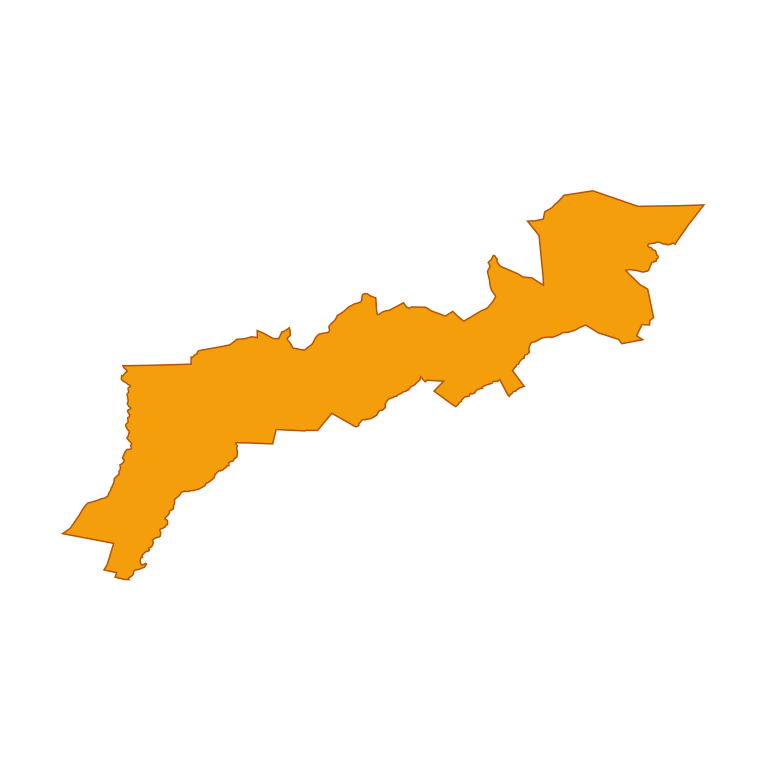 Ainabkoi, Rift Valley, Kenya (Robinson projection), rotated 267°
{"feature_id": "3690345B95414198105650", "entity_name": "Ainabkoi", "entity_type": "district", "adm_level": 2, "iso_a3": "KEN", "parent_name": "Kenya", "parent_adm1": "Rift Valley", "projection": "robinson", "projection_center": [35.44, 0.313], "detail": "fine", "context": "isolated", "style": "filled", "palette": "amber", "viewbox_px": 768, "rotation_deg": 267, "n_neighbors": 0, "source": "geoboundaries", "source_scale": "gbopen_adm2", "svg_char_len": 6159}
<svg xmlns="http://www.w3.org/2000/svg" viewBox="0 0 768 768"><g transform="rotate(267 384 384)"><path d="M415.9,124.2L413.7,125.2L411.1,127.9L409.9,128.0L409.5,127.0L405.9,123.7L406.2,122.6L403.0,121.9L401.8,122.4L400.6,123.6L399.1,126.1L396.6,128.7L396.2,130.0L395.1,130.6L394.4,129.9L393.7,128.6L392.8,128.1L389.2,128.6L387.1,126.8L383.0,127.5L380.1,127.6L377.7,126.6L374.9,128.0L374.0,129.4L372.9,129.8L371.9,128.5L371.3,126.9L370.2,126.4L365.9,128.5L364.4,127.6L363.8,126.3L359.7,126.4L358.8,126.0L357.8,124.7L356.5,123.9L355.1,123.9L351.8,125.7L349.9,127.2L345.2,125.7L344.4,124.9L343.4,124.4L340.1,126.8L338.1,128.7L337.2,128.9L335.9,127.7L333.1,128.6L332.1,127.5L332.1,124.0L330.5,122.3L323.9,119.0L322.6,119.7L321.9,120.7L320.7,120.4L319.4,119.6L317.9,117.8L317.2,116.2L315.0,116.2L314.1,116.5L312.2,115.9L310.3,114.7L308.1,114.9L304.0,110.1L302.8,109.5L299.3,109.0L296.7,107.3L295.3,107.1L294.7,106.1L292.0,105.4L289.1,103.2L286.8,102.6L284.8,99.5L284.1,95.4L282.9,92.0L281.3,85.7L280.7,82.1L278.7,79.9L274.4,76.4L268.0,72.2L256.1,62.9L251.4,55.2L239.0,105.7L217.6,97.9L213.0,94.6L209.6,107.1L205.2,105.4L202.3,114.9L202.0,119.1L202.9,118.5L203.7,119.0L206.0,122.8L206.9,123.4L210.4,124.5L211.2,125.8L211.7,129.8L212.3,130.9L213.5,135.2L214.3,135.6L216.4,137.5L217.3,136.7L217.0,135.4L216.2,134.2L215.9,132.7L217.0,131.7L220.8,131.2L222.1,131.6L223.3,132.7L223.8,133.8L225.2,133.2L228.0,136.0L229.1,137.7L229.7,140.5L230.7,141.1L231.5,140.3L232.5,140.4L232.9,141.9L233.7,143.4L234.9,144.3L237.4,145.3L238.4,145.3L239.2,144.8L240.3,144.6L241.1,145.7L242.1,147.6L243.1,151.5L243.7,152.6L246.9,153.2L248.1,153.0L249.9,152.3L250.8,153.3L251.4,155.4L252.7,157.9L253.6,158.4L255.1,160.4L256.4,160.7L258.8,160.6L259.8,159.8L260.3,158.4L262.1,158.5L262.6,159.5L264.5,161.6L266.8,163.2L268.2,163.0L268.9,163.9L269.8,166.3L270.5,167.2L273.9,167.6L275.2,168.4L278.0,168.9L279.0,168.7L279.9,169.0L282.9,173.3L283.8,174.2L286.3,175.8L286.9,177.1L287.3,179.5L286.9,182.3L287.0,183.5L287.5,184.9L287.6,188.3L288.5,191.6L288.4,192.8L291.5,199.3L292.3,200.2L293.8,200.9L294.5,202.2L294.9,203.6L297.0,206.3L297.4,207.4L299.7,209.6L303.1,210.9L303.6,212.1L304.5,212.7L306.2,214.7L305.6,215.9L306.3,217.1L306.7,218.9L307.9,219.9L308.9,221.9L310.1,222.3L310.7,223.6L310.5,224.8L313.6,225.0L314.3,226.2L315.2,229.6L317.3,230.5L317.5,231.7L318.5,231.8L318.6,233.1L321.1,233.8L324.2,234.1L327.1,233.4L328.5,233.7L329.5,234.4L331.8,233.2L333.1,233.1L332.1,246.9L330.0,269.7L344.2,273.9L341.3,302.3L341.7,304.4L341.1,315.2L357.5,330.4L343.2,352.6L342.7,354.5L343.9,356.7L346.2,356.9L346.9,358.4L348.9,359.8L349.4,360.9L349.3,363.7L349.8,364.6L350.0,368.3L350.5,369.9L353.2,375.1L355.1,376.1L357.0,377.6L357.7,378.5L358.0,379.8L357.8,380.9L360.4,384.2L363.5,384.1L366.5,385.7L368.8,387.9L369.1,389.3L369.8,390.7L370.0,392.4L371.1,394.2L371.1,396.0L372.8,397.7L373.6,400.4L375.1,402.8L375.8,405.8L376.6,406.9L376.9,408.2L379.9,410.8L380.7,412.9L382.0,415.1L383.0,416.0L386.1,420.0L389.3,421.0L384.0,425.2L385.5,427.2L383.7,443.8L374.3,433.6L361.9,448.7L357.7,454.3L359.1,456.4L361.2,457.9L362.6,460.2L363.9,460.7L366.6,463.4L367.0,464.8L367.3,468.3L368.3,468.9L369.7,469.2L370.1,470.2L369.3,471.1L369.7,472.5L370.7,474.5L371.9,475.0L373.7,477.2L374.3,479.2L374.6,482.0L375.5,481.5L377.4,485.1L378.8,490.5L378.9,491.7L380.0,492.4L380.8,493.3L380.9,494.9L380.6,496.0L380.8,497.5L382.4,499.8L366.4,507.2L365.1,508.5L367.0,509.8L367.5,511.0L369.0,512.2L369.9,513.4L369.9,515.2L371.7,516.9L373.3,520.0L373.2,521.0L373.9,522.0L374.2,523.9L390.7,513.0L392.2,514.5L393.7,515.2L394.4,516.7L395.6,517.0L396.5,517.9L396.7,519.2L399.4,520.8L400.5,521.9L401.4,522.8L402.8,525.6L403.8,525.3L405.6,526.5L406.5,528.8L407.9,530.7L411.9,530.6L414.7,531.5L415.6,532.2L416.5,532.3L417.7,533.7L418.4,535.2L418.1,536.9L418.8,538.1L420.5,542.2L421.2,543.3L421.8,544.9L422.3,550.3L422.3,551.9L421.8,553.4L422.2,556.2L424.3,562.3L425.7,564.6L425.9,566.0L426.0,570.3L427.3,576.0L428.4,579.0L430.1,582.1L432.3,588.6L423.3,601.5L422.9,603.2L416.3,620.6L411.8,623.6L414.7,644.7L418.9,638.8L429.8,644.7L429.1,652.3L433.4,652.8L436.3,656.7L464.9,652.3L469.8,644.9L481.8,633.8L484.9,631.4L485.4,635.5L485.0,636.9L484.3,641.7L482.2,648.3L482.9,652.9L483.6,654.1L491.2,657.7L492.6,662.3L494.6,662.5L494.8,663.5L496.0,664.4L497.5,664.3L498.5,663.3L499.7,662.7L501.3,662.6L502.8,662.1L504.1,659.5L506.1,658.0L506.7,655.9L507.3,655.1L508.2,654.7L509.1,654.9L509.9,655.7L510.2,656.8L510.6,662.4L511.5,664.2L511.5,665.5L510.6,667.6L509.4,669.7L509.1,671.9L508.1,674.9L508.5,677.1L509.5,679.4L509.2,680.8L508.3,682.1L511.9,684.5L527.1,696.4L546.1,712.8L546.6,688.2L548.1,647.0L566.0,602.6L563.1,573.7L556.6,567.1L554.7,564.4L551.2,560.7L550.2,559.1L548.0,554.2L547.2,553.4L540.3,551.7L539.0,543.2L539.2,535.8L524.2,546.6L482.7,548.5L474.2,548.4L482.4,537.0L483.5,528.5L487.1,523.3L495.4,506.4L500.2,503.2L503.0,503.6L504.0,502.5L506.3,501.3L506.6,499.8L502.7,497.7L499.9,494.4L498.0,495.4L495.7,496.1L492.7,494.1L490.9,493.2L481.9,494.8L476.4,495.2L473.7,495.8L471.5,496.6L466.8,499.6L465.4,500.0L460.6,497.0L454.9,491.7L453.3,488.8L452.1,485.2L442.5,466.9L447.9,461.1L452.9,456.5L448.6,448.7L454.8,434.6L456.9,432.1L458.5,429.2L459.5,415.9L458.3,412.9L460.0,410.3L464.1,407.7L457.8,394.3L457.3,393.0L457.1,390.4L456.2,386.6L453.5,382.4L454.2,380.8L459.9,380.4L470.4,380.3L471.9,376.5L472.7,375.0L474.5,372.7L475.2,371.2L475.3,369.4L474.6,367.6L473.3,366.8L468.5,366.0L467.2,365.1L466.2,362.2L465.7,359.0L462.7,352.8L458.4,347.3L455.7,342.9L454.9,340.8L453.4,340.4L450.1,338.1L446.9,334.2L445.0,332.5L444.0,331.9L440.9,332.4L439.5,332.1L438.8,331.5L438.4,330.5L437.3,322.0L436.5,320.7L433.9,318.1L428.4,315.0L426.7,313.2L424.4,309.5L422.4,307.3L422.2,305.5L422.6,303.2L424.2,297.3L424.4,295.2L428.4,293.2L433.4,290.0L434.4,289.7L436.0,291.1L437.2,293.0L442.8,293.0L445.1,292.3L443.3,289.6L441.6,286.3L441.4,284.7L434.8,281.3L435.1,276.0L440.7,266.8L444.1,260.2L437.0,259.9L438.1,254.2L436.6,248.0L436.3,239.3L431.2,232.2L429.9,223.7L427.0,201.0L426.5,200.0L425.1,199.1L424.1,199.3L423.1,196.6L420.9,194.4L420.9,192.8L413.9,192.4L414.9,151.3L415.9,124.2Z" fill="#f59e0b" stroke="#b45309" stroke-width="1.5"/></g></svg>